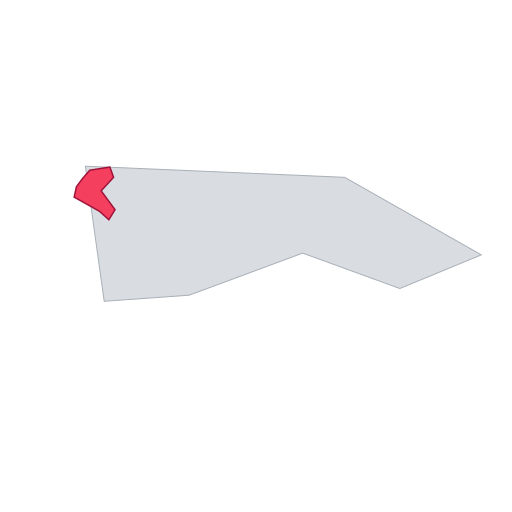 location of Glacis within Seychelles, rotated 301°
{"feature_id": "SYC-5209", "entity_name": "Glacis", "entity_type": "state/province", "adm_level": 1, "iso_a3": "SYC", "parent_name": "Seychelles", "parent_adm1": "", "projection": "natural_earth1", "projection_center": [55.444, -4.574], "detail": "fine", "context": "in_parent", "style": "filled", "palette": "rose", "viewbox_px": 512, "rotation_deg": 301, "n_neighbors": 0, "source": "natural_earth", "source_scale": "10m", "svg_char_len": 452}
<svg xmlns="http://www.w3.org/2000/svg" viewBox="0 0 512 512"><g transform="rotate(301 256 256)"><path d="M369.1,291.5L373.0,448.5L302.2,396.0L282.5,294.5L188.0,218.9L139.0,149.2L245.1,63.5L369.1,291.5Z" fill="#d9dde1" stroke="#a8b0b8" stroke-width="1"/><path d="M211.3,111.2L213.7,98.7L212.8,69.8L222.9,66.4L233.1,67.4L243.9,69.3L257.0,84.9L250.1,93.4L232.1,89.7L223.1,111.3L211.3,111.2Z" fill="#f43f5e" stroke="#9f1239" stroke-width="1.5"/></g></svg>